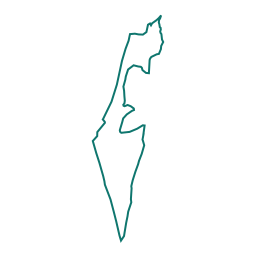 map outline of Israel (Equal Earth projection)
{"feature_id": "ISR", "entity_name": "Israel", "entity_type": "country or territory", "adm_level": 0, "iso_a3": "ISR", "parent_name": "Asia", "parent_adm1": "", "projection": "equal_earth", "projection_center": [35.212, 31.447], "detail": "fine", "context": "isolated", "style": "outline", "palette": "teal", "viewbox_px": 256, "rotation_deg": 0, "n_neighbors": 0, "source": "natural_earth", "source_scale": "50m", "svg_char_len": 1344}
<svg xmlns="http://www.w3.org/2000/svg" viewBox="0 0 256 256"><path d="M161.1,15.4L160.1,18.4L159.1,20.0L158.8,22.4L159.4,24.4L159.8,27.1L160.6,27.8L160.8,29.6L160.2,31.3L160.5,32.8L161.4,34.1L162.0,39.5L163.2,42.0L161.2,45.9L160.9,49.1L158.9,53.9L156.7,54.3L151.4,56.9L150.7,57.7L149.8,59.3L149.6,60.5L148.9,73.2L146.0,72.9L142.5,70.1L141.8,67.7L140.8,66.8L138.3,66.5L133.6,65.3L128.1,69.5L125.8,76.5L125.3,79.7L123.4,86.6L124.1,90.8L124.4,96.2L124.8,100.7L124.4,103.4L123.3,104.8L123.6,105.8L124.6,106.2L127.6,105.0L130.7,106.2L133.8,108.5L134.0,110.0L131.9,110.9L126.8,114.4L123.2,118.4L122.2,122.2L119.8,130.2L120.1,131.8L121.3,132.8L129.6,131.9L137.2,128.7L142.8,125.3L144.6,125.5L143.4,134.3L143.5,134.3L142.5,139.7L142.9,140.6L144.2,145.3L141.7,153.9L139.0,160.9L138.1,164.3L135.4,171.7L132.7,180.3L131.3,186.2L131.6,188.3L130.9,199.2L131.3,202.3L128.2,211.7L127.5,216.4L126.2,222.7L124.0,236.1L121.0,240.6L119.5,235.6L116.2,221.3L113.7,211.5L110.5,199.4L104.9,184.7L104.4,181.2L103.2,176.1L99.4,162.8L96.3,153.2L92.8,141.0L97.2,136.1L97.3,132.1L104.9,122.8L104.8,121.9L102.8,119.4L103.1,119.0L111.5,101.7L116.9,84.5L122.0,60.8L125.6,48.7L128.6,40.7L130.0,34.1L134.9,33.7L138.5,34.4L142.9,34.6L146.4,32.1L148.0,24.7L150.0,23.5L151.0,25.3L152.1,23.3L156.6,20.1L158.9,18.0L161.1,15.4Z" fill="none" stroke="#0f766e" stroke-width="2"/></svg>